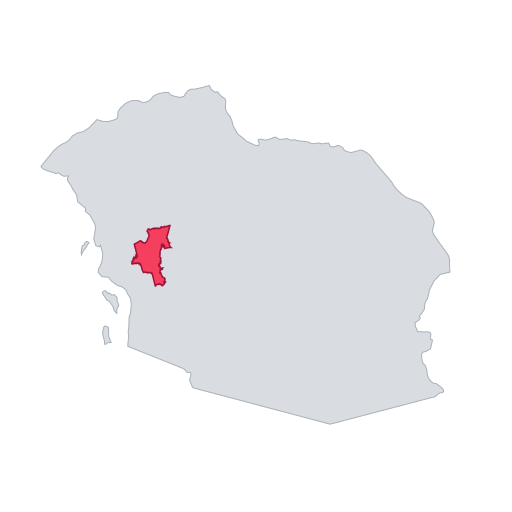 Morogoro, Morogoro, United Republic of Tanzania (highlighted), rotated 166°
{"feature_id": "72390352B24110633153516", "entity_name": "Morogoro", "entity_type": "district", "adm_level": 2, "iso_a3": "TZA", "parent_name": "United Republic of Tanzania", "parent_adm1": "Morogoro", "projection": "orthographic", "projection_center": [37.947, -7.052], "detail": "fine", "context": "in_parent", "style": "filled", "palette": "rose", "viewbox_px": 512, "rotation_deg": 166, "n_neighbors": 0, "source": "geoboundaries", "source_scale": "gbopen_adm2", "svg_char_len": 9102}
<svg xmlns="http://www.w3.org/2000/svg" viewBox="0 0 512 512"><g transform="rotate(166 256 256)"><path d="M191.2,359.8L185.8,357.0L180.8,355.3L176.7,353.4L174.9,351.5L171.1,350.8L167.8,350.5L164.7,348.8L158.5,348.2L157.8,347.1L157.6,344.4L156.6,343.8L154.3,343.1L151.8,343.2L150.3,343.6L149.5,343.4L147.4,341.9L145.5,340.0L144.7,336.9L141.8,334.9L138.5,333.3L129.4,333.6L128.0,333.2L125.8,331.6L123.2,329.0L121.1,326.1L119.2,322.1L117.3,316.6L106.4,295.0L105.3,290.8L103.2,286.3L99.7,280.7L96.1,276.6L91.2,272.9L85.7,269.2L82.7,266.8L76.9,256.6L75.7,251.8L74.7,246.8L75.1,244.8L78.5,238.3L78.8,236.5L78.4,234.1L76.6,229.0L74.3,222.8L69.7,211.6L69.0,208.8L69.0,206.6L71.5,195.1L71.5,193.5L82.0,193.5L89.6,188.4L96.2,180.7L97.5,177.6L100.2,172.7L102.9,170.3L103.9,168.6L105.4,163.8L108.9,160.5L112.3,157.9L111.6,156.2L112.1,155.5L113.9,154.2L117.6,153.0L118.3,150.4L118.2,147.6L117.6,146.0L117.7,144.2L117.2,143.2L114.8,142.9L111.2,141.6L108.2,141.0L106.2,140.2L105.5,139.6L105.2,137.9L106.8,133.5L105.1,131.7L108.8,124.4L109.4,123.5L110.8,123.4L112.9,122.6L114.8,122.2L116.4,122.4L117.6,122.1L118.7,121.3L119.5,118.8L120.2,114.7L119.8,111.3L118.3,108.8L117.8,104.8L118.5,99.5L118.0,95.1L116.3,91.6L114.6,89.6L111.9,88.6L107.7,83.3L106.5,80.7L106.7,79.1L108.1,78.4L110.8,78.6L113.3,77.9L115.6,76.4L117.8,76.0L119.0,76.2L224.8,74.9L348.9,143.3L349.4,144.2L350.4,150.1L350.2,152.2L348.3,155.6L347.7,157.4L347.7,158.6L348.2,159.1L349.8,159.3L351.2,160.1L351.7,160.7L352.7,163.3L354.1,164.6L401.2,198.6L402.2,199.2L401.5,202.0L398.9,208.9L398.7,211.8L397.7,215.2L396.7,217.4L394.0,227.1L391.7,230.8L388.6,239.3L388.1,245.8L389.8,250.4L390.4,254.7L394.0,258.9L396.9,260.4L398.8,262.3L402.3,266.7L404.3,271.1L410.5,273.3L413.0,278.2L412.0,281.6L409.1,284.4L406.4,288.9L404.2,294.9L404.2,304.1L405.6,302.7L408.9,304.9L409.3,311.7L405.9,319.5L404.8,323.2L404.7,326.3L407.1,335.7L410.8,340.5L410.5,342.0L409.5,343.2L415.9,351.7L415.3,359.1L417.6,364.8L418.7,369.8L420.2,373.6L420.5,376.2L418.5,379.1L423.1,379.8L425.8,382.2L427.1,384.5L430.4,384.4L432.2,386.0L434.8,387.3L440.6,391.1L442.1,393.1L443.0,394.9L427.1,406.9L421.4,410.0L417.3,411.4L412.9,412.2L408.8,414.0L404.9,417.0L399.9,418.5L393.8,418.5L387.3,420.6L377.3,426.8L371.4,423.3L366.8,422.2L361.5,422.3L358.3,422.8L357.1,423.5L356.1,425.6L355.2,429.1L351.8,432.4L345.7,435.6L340.1,436.8L335.0,436.0L331.5,434.7L329.7,432.8L327.0,432.0L323.5,432.2L320.1,433.5L316.9,436.0L311.7,437.1L304.7,436.8L300.9,435.6L300.3,433.5L297.2,431.1L291.5,428.3L287.4,428.3L284.7,431.0L282.3,432.7L280.1,433.4L278.1,433.5L275.2,432.7L267.4,432.5L260.0,432.7L259.2,428.8L257.6,426.4L256.3,425.0L253.7,424.7L253.0,423.6L252.1,421.2L250.8,419.2L249.2,417.5L248.1,415.9L247.8,414.5L248.0,412.9L249.5,408.9L250.0,406.2L249.8,403.4L248.9,400.5L247.1,397.1L247.3,396.2L246.7,393.8L246.6,392.2L246.9,390.2L246.6,387.5L245.0,381.9L245.0,380.4L243.3,377.7L238.3,371.2L238.1,370.3L230.3,363.8L227.1,362.4L226.0,363.7L225.6,364.8L226.0,366.9L225.8,368.0L225.5,368.4L223.6,368.4L222.5,368.1L219.5,366.4L217.2,366.0L211.6,366.4L209.6,366.8L208.0,366.4L205.0,363.4L201.5,362.8L198.3,362.7L193.0,359.4L191.2,359.8ZM411.4,249.4L413.9,256.6L413.6,258.0L411.8,258.8L410.8,258.9L409.7,257.7L408.9,255.3L407.5,255.8L405.2,252.9L402.8,252.8L400.8,249.3L401.6,246.3L401.1,241.1L403.7,238.5L405.1,234.0L406.7,237.1L407.1,241.8L409.3,247.4L411.4,249.4ZM423.9,206.5L424.1,208.2L423.6,209.8L423.7,214.9L423.5,218.3L421.5,223.0L420.0,224.7L418.6,224.2L417.4,223.4L416.5,222.1L418.4,213.5L417.5,207.1L421.1,207.8L423.9,206.5ZM418.4,310.5L416.6,311.0L415.9,310.6L414.8,309.1L416.7,307.9L418.6,305.6L423.0,302.2L425.0,299.4L424.7,302.1L422.2,308.0L420.1,308.3L418.4,310.5Z" fill="#d9dde1" stroke="#a8b0b8" stroke-width="1"/><path d="M354.1,308.3L354.4,307.5L354.9,307.2L355.3,307.0L355.7,306.5L355.6,306.1L355.2,305.4L355.2,304.4L355.0,304.2L355.0,303.9L354.8,303.8L354.9,301.4L355.0,300.9L356.2,299.6L358.0,297.1L360.5,295.2L360.8,295.4L361.4,295.9L361.6,295.9L361.8,296.1L362.4,296.2L362.6,296.6L362.8,296.7L362.9,297.1L363.1,297.1L363.1,297.3L363.4,297.5L363.8,297.9L363.9,298.3L364.2,298.3L364.2,298.6L364.6,298.7L365.1,298.7L367.9,297.7L369.0,297.5L369.3,297.4L371.2,296.9L371.3,294.5L371.2,292.7L371.1,291.6L371.2,291.4L371.2,290.1L371.2,286.3L371.3,286.3L371.4,286.2L371.4,285.9L371.6,285.9L371.5,285.7L371.8,285.7L371.7,285.5L371.9,285.6L371.8,285.4L372.0,285.3L371.9,285.2L372.2,285.1L372.2,284.9L372.3,285.0L372.2,284.9L372.3,284.9L372.3,284.7L372.5,284.6L372.4,284.4L372.5,284.4L372.7,284.5L372.7,284.3L372.8,284.3L372.7,284.1L372.9,284.2L372.9,283.9L373.1,284.1L373.2,283.9L373.3,283.9L373.3,283.7L373.5,283.7L373.6,283.4L373.8,283.4L373.7,283.3L373.9,283.3L374.2,283.3L374.1,283.5L374.3,283.5L374.2,283.7L374.3,283.7L374.4,283.8L374.4,283.6L374.7,283.6L374.8,283.7L375.0,283.7L375.3,283.5L375.3,283.4L375.4,283.5L375.6,283.2L375.8,283.0L375.7,282.8L375.7,282.6L375.7,282.4L375.9,282.4L376.0,282.3L376.1,282.2L375.9,282.1L376.1,282.0L376.1,281.8L376.1,282.0L376.2,281.9L376.2,281.7L376.3,281.5L376.3,281.4L376.7,281.3L376.8,281.2L377.1,281.0L377.0,280.6L377.0,280.4L377.1,280.2L377.3,280.2L377.5,280.2L377.4,280.1L377.4,279.9L377.5,279.9L377.6,279.7L377.6,279.4L377.7,279.5L377.8,279.3L377.7,279.1L377.9,279.0L377.9,278.9L378.1,279.0L378.2,278.8L378.3,278.9L378.1,278.7L378.3,278.5L378.2,278.3L377.9,278.1L377.0,278.1L376.5,278.2L376.3,278.1L375.7,278.2L375.0,278.0L374.8,278.3L374.4,278.2L374.5,278.0L374.3,277.8L374.0,277.8L374.0,277.6L373.5,277.7L373.4,277.8L373.2,277.7L372.8,277.9L372.4,277.9L372.3,277.7L371.9,277.7L371.6,277.5L371.7,277.3L371.6,277.2L371.7,276.9L371.6,276.7L371.4,276.7L371.2,276.4L371.2,276.5L371.0,276.3L370.8,276.4L370.8,276.5L370.5,276.8L370.2,276.7L370.2,276.4L370.1,276.1L369.9,275.8L370.0,275.5L369.8,274.6L369.8,270.0L369.2,267.2L368.7,267.1L368.2,267.4L367.8,267.2L367.6,267.2L367.0,266.9L366.7,267.0L366.5,266.7L366.3,266.7L366.0,266.3L365.5,266.2L365.4,266.0L365.0,266.3L364.8,266.3L364.7,266.2L365.0,266.1L364.0,265.6L363.0,265.5L362.4,265.6L362.2,265.5L362.2,265.4L362.1,265.2L361.9,265.1L362.1,265.0L361.5,264.7L361.3,264.3L361.4,264.1L361.2,264.0L361.2,263.8L361.0,263.7L361.0,251.8L361.1,251.1L361.3,250.9L361.0,251.1L360.5,251.2L360.3,251.8L360.1,252.0L360.1,252.3L359.4,252.3L359.0,252.4L358.5,252.3L358.1,252.3L357.9,252.1L357.5,252.0L356.5,252.3L356.4,252.1L356.2,252.2L356.1,251.9L355.8,251.9L355.5,251.8L355.3,251.7L355.2,251.3L354.9,251.2L355.0,250.8L354.7,250.6L354.7,250.2L354.1,249.8L353.9,249.8L352.3,250.8L351.9,250.9L351.8,251.2L351.9,251.5L351.7,251.6L351.3,251.7L350.9,252.0L351.1,252.0L351.4,252.5L351.2,252.6L351.3,252.8L351.0,252.9L351.1,253.0L350.9,253.1L351.0,253.3L350.8,253.3L350.7,253.3L350.8,253.4L350.7,253.4L350.7,253.6L350.5,254.1L350.3,254.4L350.4,254.7L350.1,254.9L350.2,255.2L350.1,255.3L350.1,255.6L350.0,255.9L350.1,256.1L349.9,256.5L350.0,256.6L351.6,258.0L352.0,259.1L352.4,261.1L352.4,261.8L352.6,262.0L352.5,262.8L353.5,262.9L352.4,265.1L352.5,265.5L352.0,265.6L350.2,265.7L350.2,265.9L349.7,266.7L349.4,266.9L350.1,267.1L351.7,266.9L351.7,267.3L351.9,267.3L351.7,268.8L352.1,269.8L352.4,269.7L352.4,270.0L352.6,270.0L352.6,270.6L352.1,270.7L352.2,271.5L351.4,271.7L350.6,271.6L350.4,271.9L350.5,272.0L350.3,272.0L350.1,272.2L350.1,272.4L350.4,273.0L350.2,273.3L349.5,273.6L349.4,273.9L350.1,274.4L349.6,275.3L349.0,276.2L349.1,276.5L349.0,277.4L349.3,277.5L349.5,279.1L349.0,280.0L349.0,280.3L348.9,280.9L348.6,281.2L348.4,281.6L348.5,281.9L348.4,282.0L348.2,283.3L347.1,285.0L346.8,285.1L346.6,285.3L346.4,285.6L346.5,285.8L346.3,286.0L346.2,286.4L345.9,286.6L345.8,287.0L345.7,286.9L345.4,287.2L345.3,287.5L345.1,287.7L345.2,288.0L345.2,288.5L344.8,288.7L344.8,289.0L344.7,289.0L344.9,289.2L344.7,289.4L344.9,289.5L344.7,289.7L344.8,289.8L344.6,289.9L344.5,290.0L344.6,290.8L344.3,290.3L344.3,290.2L344.2,290.2L343.8,290.0L344.0,289.8L344.0,289.7L343.7,289.7L343.8,289.5L343.8,289.3L343.4,289.2L343.7,288.9L343.4,288.9L343.5,288.4L343.3,288.3L343.2,288.5L343.1,288.2L343.4,288.2L343.3,287.9L342.9,287.9L343.1,287.7L342.9,287.7L342.9,287.4L342.7,287.3L343.0,287.1L342.8,287.0L342.8,286.9L343.2,286.5L343.0,286.0L342.6,285.6L342.7,285.4L339.2,285.3L337.7,285.1L336.4,284.8L337.2,286.0L337.3,287.0L337.3,288.1L337.4,288.8L337.5,290.2L337.1,290.1L337.3,290.3L337.3,290.5L337.5,290.5L337.6,290.8L337.8,290.9L338.0,291.2L337.5,291.6L337.5,291.8L337.6,292.6L337.7,294.2L337.8,294.2L338.5,294.7L336.7,298.1L336.4,298.5L336.3,298.9L335.3,300.4L334.9,301.3L332.6,305.5L332.4,305.9L332.0,306.4L332.3,306.6L333.6,306.5L334.6,306.4L334.8,306.3L335.0,306.4L335.5,306.2L335.8,306.3L336.7,306.3L336.9,306.4L337.3,306.8L337.6,306.9L337.9,306.6L338.3,306.7L338.7,306.2L339.6,306.5L340.3,306.9L340.7,307.3L340.8,307.3L341.1,307.2L341.3,306.7L341.6,306.4L341.7,306.1L341.9,306.0L342.4,306.1L342.5,306.1L342.9,306.0L343.4,306.5L343.6,306.5L344.4,306.1L344.7,306.7L345.1,306.9L346.3,307.1L346.6,307.4L347.1,307.4L347.3,307.4L347.4,306.9L347.5,306.8L348.1,306.9L348.8,307.8L349.5,307.5L350.7,307.5L351.2,307.2L352.0,307.1L352.2,306.9L352.5,307.0L352.9,307.9L354.1,308.3Z" fill="#f43f5e" stroke="#9f1239" stroke-width="1.5"/></g></svg>